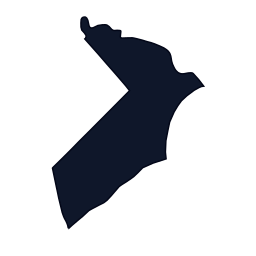 Quan 1, Hồ Chí Minh city, Vietnam (Natural Earth projection), rotated 6°
{"feature_id": "81297802B34545275526363", "entity_name": "Quan 1", "entity_type": "district", "adm_level": 2, "iso_a3": "VNM", "parent_name": "Vietnam", "parent_adm1": "Hồ Chí Minh city", "projection": "natural_earth1", "projection_center": [106.697, 10.775], "detail": "fine", "context": "isolated", "style": "filled", "palette": "ink", "viewbox_px": 256, "rotation_deg": 6, "n_neighbors": 0, "source": "geoboundaries", "source_scale": "gbopen_adm2", "svg_char_len": 1789}
<svg xmlns="http://www.w3.org/2000/svg" viewBox="0 0 256 256"><g transform="rotate(6 128 128)"><path d="M98.9,29.4L98.6,29.1L96.2,27.8L94.5,27.7L91.6,28.1L87.4,29.2L82.8,32.0L81.1,32.4L79.6,32.0L78.5,30.3L76.8,25.1L75.5,23.1L74.2,22.2L73.0,22.2L71.7,22.6L70.6,23.6L70.1,25.0L70.2,28.3L70.7,32.5L71.8,35.4L74.8,38.1L76.6,40.3L76.8,41.4L76.4,43.1L75.7,43.9L90.3,57.2L100.1,66.4L107.6,73.3L112.1,77.5L121.3,86.2L125.7,90.7L112.7,106.9L89.5,135.7L84.7,141.6L80.0,147.4L74.0,155.0L68.9,161.3L67.9,162.5L66.7,164.0L58.6,173.8L57.6,175.0L57.1,175.8L63.7,196.4L63.8,196.6L66.4,204.8L71.5,219.1L71.8,219.6L72.0,220.1L73.3,222.8L74.3,224.5L76.2,227.3L77.3,229.2L78.2,231.1L78.7,232.7L79.0,232.3L79.7,233.8L82.4,230.7L88.6,224.2L92.3,220.4L97.7,214.2L100.2,212.4L102.4,210.9L103.2,210.4L107.2,207.7L111.6,204.9L112.5,204.1L114.7,202.0L118.4,197.1L121.0,193.3L122.5,191.2L125.3,187.1L127.8,184.9L132.4,181.3L133.2,180.6L133.5,180.3L135.6,178.6L138.8,175.7L142.7,171.1L146.7,166.0L156.5,160.3L169.1,154.7L168.2,150.4L167.7,148.0L167.0,136.7L167.8,127.5L167.8,127.3L168.8,117.7L172.2,107.1L175.3,100.5L178.3,95.3L183.1,89.8L189.9,83.5L193.9,80.7L194.1,80.5L196.8,79.0L198.9,78.5L193.2,72.5L187.1,67.0L185.9,66.5L184.4,66.6L182.1,67.0L178.0,68.2L176.2,68.5L174.9,68.5L173.6,68.2L172.1,67.7L171.1,67.0L169.6,65.8L168.4,64.4L167.2,62.6L165.6,59.9L164.4,57.0L163.7,54.4L163.0,52.0L162.4,50.7L161.8,49.5L160.9,48.4L160.4,47.9L159.8,47.3L159.7,47.2L158.1,46.1L155.2,44.6L151.1,43.2L145.7,41.6L141.8,40.7L138.4,40.2L135.7,39.7L134.8,39.5L133.3,39.2L127.3,38.3L124.8,38.0L123.7,37.9L123.4,37.9L122.6,37.9L116.9,38.6L112.8,39.2L111.3,39.0L110.8,38.0L110.8,36.0L110.8,32.9L110.5,32.1L109.8,31.9L107.0,32.0L104.3,32.5L102.9,32.4L101.5,31.7L98.9,29.4Z" fill="#0f172a" stroke="#020617" stroke-width="1.5"/></g></svg>